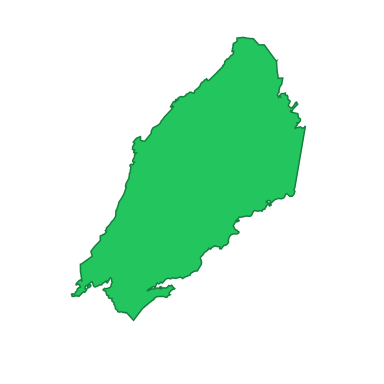 the district of Aulejas pag., Kraslavas, Latvia, rotated 312°
{"feature_id": "27541924B14903693215581", "entity_name": "Aulejas pag.", "entity_type": "district", "adm_level": 2, "iso_a3": "LVA", "parent_name": "Latvia", "parent_adm1": "Kraslavas", "projection": "equal_earth", "projection_center": [27.253, 56.05], "detail": "fine", "context": "isolated", "style": "filled", "palette": "green", "viewbox_px": 384, "rotation_deg": 312, "n_neighbors": 0, "source": "geoboundaries", "source_scale": "gbopen_adm2", "svg_char_len": 6031}
<svg xmlns="http://www.w3.org/2000/svg" viewBox="0 0 384 384"><g transform="rotate(312 192 192)"><path d="M171.1,127.9L170.2,128.1L169.7,128.7L169.6,129.8L169.1,130.5L167.2,131.3L165.8,132.7L163.6,133.2L162.6,134.3L161.1,135.0L160.6,135.8L154.2,137.3L151.6,138.8L151.4,139.2L151.8,139.8L145.0,142.7L140.5,143.8L135.4,144.5L133.1,145.9L128.0,148.0L127.0,148.0L125.5,149.5L122.8,151.5L119.4,152.3L115.6,152.2L113.2,152.7L107.9,152.5L107.2,153.4L105.2,153.5L105.2,154.9L104.6,155.2L101.5,154.9L101.0,154.3L99.6,154.2L98.3,153.2L96.7,154.2L94.8,156.3L85.7,156.1L80.2,156.6L77.5,160.8L64.6,158.0L63.6,157.4L58.3,162.3L51.8,170.3L52.4,168.7L52.2,168.0L50.6,167.4L47.6,167.3L46.1,167.4L45.4,168.1L45.6,168.4L46.8,168.6L47.7,170.1L47.2,171.3L47.2,172.2L46.7,172.7L45.4,171.9L43.4,171.6L41.6,172.6L39.3,172.5L37.7,173.2L37.3,173.0L36.2,171.1L35.7,170.9L35.1,171.1L35.0,171.9L34.3,172.5L34.3,173.1L37.5,175.6L38.9,177.8L44.5,178.0L45.1,178.2L45.4,179.1L45.8,179.4L48.4,179.3L49.3,178.6L48.7,177.5L48.8,176.7L51.1,175.8L51.7,176.0L52.4,177.6L50.4,178.8L53.7,179.8L54.9,179.4L55.1,178.7L54.9,178.2L53.5,177.1L53.5,176.8L58.0,177.3L58.3,177.7L58.3,178.1L56.4,181.9L56.2,182.6L56.6,183.6L59.2,184.9L61.5,185.6L61.8,186.4L62.3,186.9L65.1,186.9L66.7,187.5L67.9,187.6L69.1,188.6L68.9,188.9L67.7,189.0L67.6,189.6L67.9,189.9L71.3,189.2L72.4,188.6L73.4,188.7L73.9,189.1L73.2,190.0L73.2,190.8L71.9,192.1L71.6,193.2L69.7,193.6L67.6,194.9L66.1,194.8L63.6,193.7L62.1,192.1L61.8,191.4L60.9,191.5L60.2,191.2L59.7,191.5L59.9,193.0L60.5,193.7L60.4,194.4L58.5,197.4L58.4,198.0L59.0,199.1L59.1,199.6L58.0,200.2L57.5,200.9L58.4,203.0L59.4,203.8L57.4,205.4L57.6,208.1L56.3,209.1L55.5,211.6L54.0,213.2L54.2,215.5L53.4,216.9L54.1,218.3L56.0,220.0L56.3,221.4L57.6,222.7L57.5,223.5L58.6,224.0L57.5,234.4L72.3,233.2L81.6,234.5L87.0,235.6L87.3,235.1L90.7,235.8L95.2,240.6L96.8,243.8L98.7,243.6L101.0,244.5L100.7,243.5L101.5,242.8L102.0,242.5L103.9,242.4L107.0,242.9L108.3,244.0L108.6,243.9L108.3,243.0L108.8,242.3L108.5,241.3L109.1,239.9L109.1,239.2L107.4,238.5L107.1,237.4L106.9,237.3L104.4,237.4L103.5,237.1L101.4,234.7L99.3,233.9L99.1,233.5L99.5,233.1L100.4,233.4L101.0,233.1L100.5,231.8L99.9,231.7L98.3,232.2L97.8,230.8L96.0,229.3L94.3,228.8L93.4,226.9L91.4,226.4L88.9,225.0L90.0,224.6L96.0,226.6L96.3,227.2L95.9,228.0L96.2,228.2L97.5,228.1L100.3,227.0L101.1,227.1L101.4,228.8L102.3,229.1L104.2,229.2L104.3,230.6L104.6,231.0L109.7,230.8L111.9,232.0L113.3,234.4L115.1,234.9L117.1,237.9L120.9,240.1L121.3,241.3L121.4,243.0L123.9,243.6L129.1,246.2L130.7,245.5L134.8,246.8L137.0,248.8L144.5,247.3L146.3,246.0L147.8,243.8L148.1,242.8L149.4,241.9L152.2,242.2L154.9,241.7L159.3,242.6L161.5,242.1L161.9,243.3L161.6,243.7L162.1,244.0L164.2,243.9L167.6,245.3L167.7,246.2L169.9,249.5L168.5,250.3L168.4,250.7L169.4,251.9L173.1,251.4L175.9,253.0L177.4,253.1L179.1,252.8L180.7,251.2L182.1,250.4L183.9,249.7L186.3,249.6L188.8,251.0L191.2,253.8L192.8,254.1L193.6,253.8L193.8,253.4L193.5,252.5L193.6,251.0L193.0,249.1L193.9,247.2L194.3,245.3L198.1,244.5L199.9,245.1L201.2,246.1L202.0,246.2L202.5,246.0L202.5,245.7L200.4,244.4L200.2,243.8L203.2,244.1L204.9,243.8L206.5,245.7L210.6,248.5L212.1,250.6L213.0,251.5L214.4,251.9L218.5,250.6L220.1,250.9L221.7,253.7L223.9,255.4L224.7,256.9L226.3,256.3L227.2,257.2L228.2,257.5L231.8,256.5L233.6,256.5L234.8,257.6L233.5,258.4L233.4,258.9L235.2,259.6L235.4,259.4L234.8,258.7L235.5,258.2L235.1,257.7L235.3,257.1L234.9,256.2L234.9,254.7L234.3,253.8L234.9,253.6L236.2,254.1L237.2,254.7L237.6,255.6L236.6,257.7L236.7,258.2L241.5,258.6L244.9,260.4L246.9,263.1L249.0,264.1L250.4,264.1L252.5,263.2L254.0,263.3L254.3,264.5L254.1,267.3L254.5,268.1L256.0,269.3L258.3,269.3L261.4,268.0L261.8,266.6L262.2,266.0L263.7,265.7L317.0,232.1L315.4,232.3L314.0,231.9L313.0,230.8L313.1,229.7L312.9,229.0L309.5,226.6L308.4,226.2L309.3,225.3L312.3,225.4L313.0,224.8L313.5,223.7L313.9,223.8L314.3,225.0L314.9,225.1L317.3,224.9L318.8,223.8L318.6,221.1L320.9,218.5L320.9,218.0L317.7,212.3L317.7,211.6L318.2,210.9L318.9,211.1L318.9,211.8L319.4,212.2L321.7,211.4L323.1,211.8L324.0,211.6L327.7,211.9L328.1,211.6L328.0,210.5L328.5,210.2L328.4,209.8L328.7,209.5L328.0,209.2L323.1,210.0L321.5,209.7L320.5,209.0L320.6,206.0L321.8,205.1L324.1,204.7L325.2,204.1L325.4,203.3L325.0,202.0L325.1,201.3L327.1,199.2L327.0,198.7L327.5,198.4L327.4,197.7L326.7,196.9L326.6,196.3L328.0,195.2L326.2,194.1L325.4,192.9L323.7,192.4L322.7,192.6L321.7,194.3L321.3,193.1L320.5,193.0L321.4,192.3L320.7,191.7L320.9,191.0L321.8,190.1L324.6,189.9L324.7,189.5L325.4,189.1L325.9,188.5L328.4,187.2L329.8,186.7L331.8,186.7L337.4,183.2L334.2,180.0L339.8,173.3L345.5,167.5L346.1,167.3L345.7,167.2L346.3,163.3L349.7,147.2L346.1,143.4L347.0,135.1L343.5,130.5L341.2,126.6L336.4,122.4L335.1,123.9L334.1,124.5L332.0,124.2L330.1,123.4L328.5,124.3L328.8,124.5L327.3,125.5L326.5,125.7L323.2,127.7L323.4,128.2L324.4,128.7L323.4,129.4L323.1,129.9L321.2,130.3L319.4,129.6L316.6,129.9L315.0,129.7L314.5,129.1L311.2,129.0L308.4,130.6L306.5,130.3L306.0,130.9L295.8,130.5L286.4,129.9L285.2,128.8L285.8,128.1L285.8,127.0L285.1,127.1L283.4,126.4L281.9,126.6L280.0,126.0L277.7,126.2L276.7,126.9L275.6,127.0L272.9,126.9L269.2,126.2L267.2,127.4L265.8,126.1L265.8,125.0L264.6,123.5L262.7,123.4L261.0,122.4L259.4,122.8L258.2,122.4L256.7,121.8L255.6,119.9L253.3,118.9L252.0,119.1L251.5,119.7L250.6,119.8L250.2,119.5L250.8,118.8L250.1,118.2L249.2,118.2L248.1,118.7L248.3,119.5L247.8,119.5L246.8,117.9L246.1,117.9L241.0,119.0L241.0,119.5L242.3,119.7L243.0,120.2L243.1,120.9L242.5,121.3L240.8,121.1L239.5,121.5L229.4,121.3L226.0,121.7L224.5,121.6L220.9,122.5L216.7,121.3L214.4,120.3L213.1,120.1L209.8,121.1L208.4,122.4L198.1,122.9L196.5,120.5L196.1,118.8L197.7,117.8L198.7,116.6L194.9,114.8L193.3,114.7L189.8,115.0L189.5,115.3L189.9,116.5L189.7,116.9L185.6,117.7L185.1,118.6L183.9,119.1L184.0,120.1L184.8,120.9L184.8,121.3L182.8,121.8L182.3,122.3L183.7,124.6L181.6,124.2L179.4,125.9L175.8,126.7L174.9,127.8L175.7,129.3L174.5,129.3L172.7,130.0L172.1,128.4L171.1,127.9Z" fill="#22c55e" stroke="#15803d" stroke-width="1.5"/></g></svg>